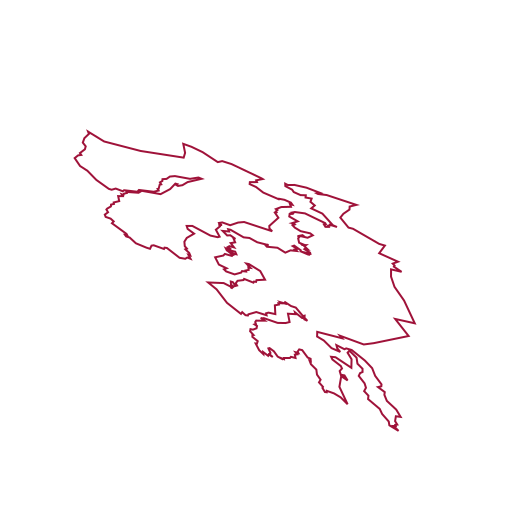 the district of Lenvik nor, Troms, Norway, rotated 207°
{"feature_id": "86288312B95435650072468", "entity_name": "Lenvik nor", "entity_type": "district", "adm_level": 2, "iso_a3": "NOR", "parent_name": "Norway", "parent_adm1": "Troms", "projection": "equal_earth", "projection_center": [17.855, 69.38], "detail": "fine", "context": "isolated", "style": "outline", "palette": "rose", "viewbox_px": 512, "rotation_deg": 207, "n_neighbors": 0, "source": "geoboundaries", "source_scale": "gbopen_adm2", "svg_char_len": 6141}
<svg xmlns="http://www.w3.org/2000/svg" viewBox="0 0 512 512"><g transform="rotate(207 256 256)"><path d="M189.8,347.1L220.7,342.4L228.9,339.4L230.2,339.4L227.7,341.3L242.0,339.8L253.9,336.8L259.9,333.7L262.8,333.7L261.6,331.6L253.9,331.5L251.4,330.1L243.9,330.5L239.2,332.7L238.4,330.6L232.5,332.4L232.1,329.0L226.6,327.7L228.4,323.5L216.1,323.9L201.4,318.3L197.0,318.6L205.4,317.2L203.6,317.0L205.4,315.8L204.4,315.0L207.4,313.5L209.7,314.9L208.1,315.9L209.2,316.7L231.7,316.2L241.4,312.8L243.2,311.4L242.1,311.5L242.3,310.3L245.1,308.7L244.3,306.3L234.6,305.8L238.6,301.8L235.6,302.6L237.6,301.6L236.0,301.5L237.4,300.0L234.3,298.9L227.5,298.4L218.0,300.8L214.8,300.2L218.3,295.7L223.5,294.4L222.5,295.4L224.0,295.7L228.0,292.5L225.9,293.0L226.4,290.8L223.6,287.4L220.0,287.7L220.7,287.1L219.8,286.8L216.4,288.4L217.3,286.7L213.0,285.4L214.4,285.0L213.4,284.3L215.1,284.5L215.9,284.3L216.0,284.1L209.3,283.5L208.5,282.6L210.1,281.7L208.8,281.6L208.3,281.3L212.1,281.8L213.3,281.5L211.5,281.0L211.4,280.9L218.4,280.4L218.7,281.4L226.7,282.6L227.7,281.5L223.3,281.2L222.7,280.4L224.2,279.4L222.1,278.9L227.8,276.7L231.4,272.3L240.6,273.1L250.5,269.2L251.8,269.7L250.4,271.0L250.5,271.3L251.0,271.4L251.3,271.4L250.5,271.2L261.2,268.8L270.0,269.1L275.5,267.0L290.6,267.8L292.9,267.2L291.1,265.6L297.1,263.2L291.0,261.2L288.3,262.8L282.1,261.9L284.0,261.4L280.8,258.7L284.4,256.0L279.5,253.7L284.2,252.7L285.3,251.0L281.2,250.6L283.8,249.6L282.9,248.9L276.5,250.4L274.3,248.6L276.7,247.9L275.8,246.9L278.7,248.4L286.1,248.9L284.5,247.7L280.7,248.1L281.7,247.3L277.0,246.3L277.7,245.5L276.7,245.3L284.7,243.7L285.3,241.6L291.8,236.3L285.2,231.5L276.6,231.7L278.5,229.6L275.6,228.7L266.7,229.9L261.7,234.5L261.6,236.2L257.9,237.6L258.7,238.3L256.2,240.3L257.7,242.5L257.3,242.7L256.7,242.5L255.6,242.9L261.1,244.9L258.7,245.6L245.4,244.5L237.2,239.0L244.6,234.7L244.2,233.0L246.2,232.3L246.2,231.1L256.2,230.2L256.2,228.9L261.2,225.5L261.7,222.4L259.5,221.1L260.7,220.0L264.8,222.2L266.9,221.8L265.2,219.0L262.0,218.6L262.7,217.2L263.9,216.6L262.6,216.7L262.1,216.5L263.8,216.5L264.5,217.2L272.5,217.2L286.6,210.7L276.0,208.4L260.6,201.1L243.1,197.6L242.8,199.7L238.5,198.5L236.2,199.3L236.3,200.6L230.3,206.2L219.7,208.0L221.0,209.5L219.2,211.2L212.4,213.0L216.8,220.6L213.6,223.1L214.6,224.1L211.9,225.4L213.4,225.9L206.5,227.2L209.0,227.2L208.1,227.5L210.0,228.2L202.1,227.3L197.1,228.1L186.9,223.8L185.6,224.9L184.8,223.0L180.8,221.6L184.2,221.5L184.8,222.9L186.7,221.7L195.7,223.5L194.4,222.1L201.3,219.1L196.1,212.4L199.2,209.7L206.4,206.2L220.7,204.2L220.7,203.3L221.7,203.5L222.4,203.4L221.9,203.4L222.9,203.1L222.9,202.9L218.9,202.3L226.5,198.5L226.7,196.8L225.2,195.4L226.2,194.4L223.3,194.1L222.7,191.8L225.3,189.0L227.7,188.3L227.1,186.3L222.4,184.5L223.3,183.9L222.5,182.3L215.8,180.9L215.4,178.4L216.6,177.9L210.4,173.5L204.9,171.9L206.0,173.7L199.9,172.6L200.0,174.1L195.2,173.6L199.6,174.7L199.1,176.2L203.0,179.3L202.1,180.1L196.8,179.2L191.0,176.2L184.8,176.1L185.9,176.6L184.2,176.8L184.8,177.8L179.5,180.5L179.1,182.0L174.5,183.1L176.6,185.7L174.6,187.1L177.0,188.2L174.2,188.8L175.5,189.7L175.1,192.4L172.1,193.1L163.9,189.0L160.7,189.2L159.4,187.1L160.7,187.0L157.9,184.5L150.7,182.2L147.8,178.0L142.3,175.1L142.5,172.0L136.9,169.8L136.9,168.6L132.8,166.1L131.1,166.7L131.7,168.0L124.1,169.0L116.4,168.5L107.1,165.5L122.3,177.3L125.5,187.6L117.9,186.7L123.0,189.8L125.3,189.1L123.2,188.1L125.8,187.9L129.2,191.5L128.3,194.8L130.5,196.5L141.0,198.5L143.3,200.3L139.2,201.9L120.3,199.7L124.0,207.4L130.5,211.4L130.0,213.4L128.4,213.6L120.3,211.1L116.7,206.1L109.9,203.9L108.4,201.0L110.1,198.9L110.0,195.8L101.4,191.8L98.2,188.5L98.3,184.7L92.4,182.6L91.2,179.4L76.3,175.9L71.9,172.5L62.6,168.8L60.3,165.7L49.6,164.9L56.2,167.0L54.3,167.9L55.2,168.8L53.6,169.9L57.1,172.0L58.6,176.7L54.1,178.3L61.3,182.8L73.6,186.3L78.6,190.6L79.5,193.2L87.8,194.6L85.2,196.8L85.9,198.6L95.4,203.3L101.6,208.8L111.6,212.3L128.1,215.7L133.7,214.6L134.8,213.1L143.9,213.1L141.8,210.7L137.4,208.8L146.9,208.2L157.2,211.5L165.0,212.0L167.0,216.2L141.9,221.8L144.9,223.1L119.8,226.1L111.5,231.8L83.7,254.0L103.4,263.1L84.0,268.1L103.8,283.5L118.6,291.4L126.3,298.9L129.6,305.4L119.1,308.0L128.3,309.1L128.2,310.4L130.7,311.3L126.9,315.4L147.5,314.4L145.9,323.8L151.7,322.7L181.9,324.3L186.5,323.3L198.3,328.5L197.3,333.3L193.8,339.8L195.0,342.6L189.8,347.1ZM462.1,290.6L460.3,289.0L462.4,283.1L461.8,278.4L457.5,276.4L456.9,273.4L459.6,267.8L457.6,266.7L460.2,264.9L462.0,260.9L453.6,256.3L444.9,255.4L432.8,251.3L417.6,249.0L414.7,249.5L411.6,252.4L404.1,253.2L403.4,254.7L390.9,259.4L390.3,261.7L376.3,266.8L372.5,270.1L374.1,271.1L373.3,271.8L374.2,275.8L373.0,276.8L375.0,278.0L373.5,280.3L374.2,282.0L370.7,284.1L368.8,287.7L364.5,290.4L349.8,294.8L342.9,299.8L339.5,300.1L350.5,290.8L353.7,285.7L357.3,283.0L359.1,283.1L358.7,284.3L360.7,283.9L362.9,276.6L369.1,267.8L387.4,262.2L389.4,259.0L400.5,254.3L399.7,253.5L402.0,251.5L401.8,250.2L403.7,250.0L402.0,248.8L406.0,246.8L402.8,242.8L407.1,239.1L406.2,237.9L408.5,236.0L407.8,234.3L410.1,230.7L410.4,229.5L407.7,227.8L409.5,224.2L407.7,222.6L402.5,223.3L398.5,222.2L399.2,219.8L381.4,216.9L380.1,216.0L382.2,215.3L380.6,214.5L377.0,215.1L368.8,212.8L357.3,213.7L353.7,214.3L353.8,217.8L352.0,219.1L341.2,220.5L341.3,221.9L339.0,222.7L323.3,219.7L317.8,221.4L316.5,223.5L313.1,223.8L316.8,226.4L314.9,226.7L316.9,228.4L322.0,229.9L320.9,231.2L323.9,232.4L326.3,236.2L325.9,240.7L321.3,247.8L329.2,249.1L331.4,251.3L326.3,253.9L305.9,253.5L298.6,255.4L297.2,256.7L303.7,261.2L301.6,266.0L302.5,266.7L300.4,268.3L302.7,267.5L304.0,268.6L301.3,270.6L293.0,271.7L287.1,277.7L282.0,280.9L252.8,285.4L256.5,286.6L257.8,288.8L253.4,300.2L258.8,303.2L257.6,304.2L258.6,304.7L257.8,306.6L259.5,306.9L255.7,311.1L247.2,315.7L249.2,317.6L246.8,318.2L249.1,319.4L256.1,319.0L262.3,317.2L260.6,317.1L261.3,316.9L278.3,315.8L287.3,317.5L294.3,317.2L295.0,319.0L288.7,322.3L290.2,323.5L285.0,327.6L286.5,327.7L319.5,326.8L329.2,325.2L332.7,322.3L350.7,324.3L363.1,324.0L371.7,322.9L366.0,315.7L365.1,310.8L406.5,297.2L443.3,289.1L462.1,290.6Z" fill="none" stroke="#9f1239" stroke-width="2"/></g></svg>